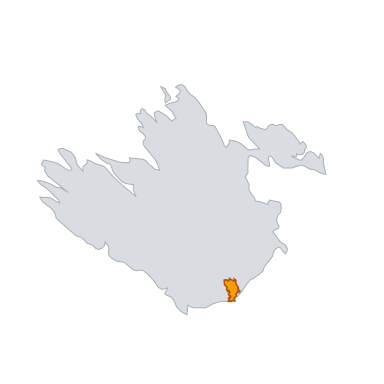 location of Wicklow Lea-6, Wicklow, Ireland, rotated 54°
{"feature_id": "5873133B62202788208281", "entity_name": "Wicklow Lea-6", "entity_type": "district", "adm_level": 2, "iso_a3": "IRL", "parent_name": "Ireland", "parent_adm1": "Wicklow", "projection": "robinson", "projection_center": [-6.153, 53.022], "detail": "fine", "context": "in_parent", "style": "filled", "palette": "amber", "viewbox_px": 384, "rotation_deg": 54, "n_neighbors": 0, "source": "geoboundaries", "source_scale": "gbopen_adm2", "svg_char_len": 7564}
<svg xmlns="http://www.w3.org/2000/svg" viewBox="0 0 384 384"><g transform="rotate(54 192 192)"><path d="M243.5,82.7L235.5,86.8L234.3,88.3L232.0,94.7L231.7,96.5L226.6,103.7L223.8,105.1L219.6,106.3L217.2,107.4L214.1,106.8L210.3,106.9L208.4,108.2L208.5,109.2L209.6,110.3L216.6,113.6L216.2,115.0L214.2,116.5L201.5,120.3L197.7,122.7L196.4,124.2L197.7,126.8L207.7,134.4L209.4,135.3L210.9,139.7L219.8,141.6L223.4,144.4L226.6,145.1L233.4,144.8L236.2,145.9L237.7,145.1L238.6,143.6L246.3,138.2L244.0,134.1L251.8,127.1L253.9,127.2L257.5,129.4L260.5,132.3L261.4,136.3L264.2,139.8L266.0,141.0L270.9,141.7L272.1,143.1L271.2,148.3L271.9,150.0L284.4,149.8L289.5,147.6L293.8,148.0L296.0,150.3L296.9,152.7L293.2,153.6L289.3,153.1L287.4,154.6L287.2,157.6L288.5,161.5L291.2,164.2L293.2,170.4L295.0,177.2L297.7,181.4L298.2,186.5L297.8,189.0L298.3,193.6L297.2,195.2L298.0,199.4L302.6,213.1L303.5,223.8L301.3,227.9L298.3,231.7L296.3,236.2L294.7,241.1L293.8,248.9L287.2,258.1L284.4,260.4L281.2,261.8L288.3,268.3L282.4,271.1L276.1,272.0L269.1,270.4L264.7,270.6L259.2,274.0L257.9,273.4L255.3,268.1L253.3,273.5L249.3,275.3L242.4,274.9L230.8,276.4L226.3,277.9L224.5,280.3L223.1,283.2L221.2,284.8L219.2,285.7L210.2,287.8L208.5,288.6L204.3,293.1L198.8,295.8L194.3,296.5L190.3,293.9L188.7,292.3L186.9,291.5L180.7,291.6L182.7,292.4L183.9,294.3L184.4,297.9L183.7,301.4L180.6,303.2L177.0,303.5L171.3,307.1L163.7,308.1L159.6,311.5L134.5,317.1L133.1,317.2L129.6,315.7L125.9,315.1L122.2,315.6L111.6,318.7L106.6,318.1L113.2,310.2L122.0,306.3L122.9,305.2L120.1,304.7L103.5,307.4L97.7,309.8L92.0,310.4L94.7,306.9L102.2,301.9L108.7,298.7L111.5,295.8L119.4,292.6L94.2,299.3L87.6,298.5L86.1,296.6L80.9,297.5L79.1,292.9L86.9,286.0L91.4,283.1L96.6,281.5L101.8,279.2L103.7,276.3L101.3,275.4L86.2,276.2L79.0,275.6L79.4,273.3L80.8,270.9L88.4,266.6L92.5,266.0L96.1,266.4L102.4,268.9L111.0,268.0L107.5,265.3L107.0,259.9L104.3,258.0L107.8,255.5L111.8,253.9L118.6,248.7L120.9,247.9L134.0,246.6L148.2,243.8L162.3,240.0L155.1,237.9L151.7,235.0L146.1,240.7L142.1,242.9L130.9,244.1L127.3,243.4L122.4,241.7L120.8,242.3L119.3,243.7L111.8,246.5L104.0,247.2L113.2,242.0L124.9,233.4L127.5,230.6L131.3,225.9L130.2,223.7L127.8,222.5L136.3,212.7L139.3,210.9L144.6,210.6L148.6,209.1L150.3,209.1L151.8,208.5L155.3,205.6L150.1,203.7L144.6,202.7L127.8,203.7L125.5,203.5L123.5,202.6L122.1,201.3L121.2,198.0L120.0,197.2L116.2,197.2L112.4,198.3L109.8,198.2L107.2,196.7L111.4,193.3L106.1,192.5L100.8,193.2L96.4,192.1L96.3,190.0L98.3,187.9L95.7,185.8L95.3,183.3L98.1,182.0L101.2,182.4L107.5,180.5L115.5,179.6L108.7,177.8L106.0,176.2L105.9,173.7L106.5,171.6L114.5,168.1L123.0,166.5L122.5,164.2L123.1,161.6L114.6,160.9L106.1,162.7L107.1,157.9L109.2,153.5L109.7,150.6L109.3,147.6L105.3,148.9L105.0,144.6L103.3,141.6L97.4,143.6L97.7,139.7L99.4,137.0L102.5,135.8L105.6,136.3L111.2,136.2L116.7,134.2L124.5,133.7L137.0,134.3L145.5,140.1L147.7,139.1L151.2,135.4L152.8,135.0L165.8,136.6L173.8,138.7L175.9,138.1L174.8,134.0L172.1,131.2L175.6,127.5L179.9,124.9L182.7,123.7L189.3,122.1L192.1,120.7L194.1,115.9L197.1,112.0L180.8,114.0L165.3,109.3L167.8,106.0L171.1,104.1L176.8,102.7L177.4,101.0L180.3,99.5L185.0,95.7L183.4,90.8L184.3,87.2L187.8,84.9L188.9,81.6L190.4,79.2L197.3,78.4L204.0,76.1L214.2,75.8L216.8,76.7L216.2,72.7L221.1,72.2L222.9,73.0L223.7,75.8L225.9,77.6L226.5,80.8L225.0,83.2L222.6,85.0L224.8,86.9L221.3,90.4L225.0,88.9L230.4,85.5L230.2,82.8L229.3,79.3L227.8,76.2L228.5,72.8L231.6,70.6L239.4,69.5L236.2,65.6L239.1,65.3L242.2,66.1L246.8,69.1L256.5,73.4L251.7,77.2L245.8,79.8L243.5,82.7ZM104.4,159.5L104.1,161.3L100.4,159.0L98.7,156.4L88.4,155.3L92.7,152.7L94.8,153.5L102.1,153.6L104.1,154.6L104.4,159.5Z" fill="#d9dde1" stroke="#a8b0b8" stroke-width="1"/><path d="M282.1,217.6L282.4,217.9L282.6,217.9L283.0,218.3L283.4,218.6L283.5,218.7L284.1,219.1L284.9,219.4L285.1,219.6L285.7,220.0L285.9,220.1L286.6,220.0L287.3,220.2L287.5,220.1L288.3,219.7L288.5,219.6L288.9,219.7L289.5,219.8L289.7,219.6L289.8,219.7L289.9,219.9L290.0,219.9L290.0,220.1L290.2,220.3L290.4,220.5L290.7,220.6L290.8,220.6L291.0,220.7L291.1,220.8L291.2,221.1L291.3,221.0L291.6,221.2L292.0,221.3L292.5,221.4L292.6,221.5L292.8,221.7L292.9,221.8L293.1,221.7L293.3,221.5L293.4,221.3L293.7,221.2L293.8,221.1L293.7,221.0L293.8,220.9L293.9,220.7L293.5,220.5L293.3,220.4L293.2,220.4L293.2,220.2L293.3,220.0L293.7,220.0L293.9,220.1L294.1,220.2L294.3,220.5L294.5,220.5L294.8,220.6L295.2,220.3L295.4,220.3L295.4,220.5L295.1,220.8L295.0,221.2L295.1,221.3L295.6,221.5L295.9,221.7L296.3,222.2L296.3,222.3L296.2,222.4L296.4,222.4L296.8,222.6L297.0,222.6L297.5,222.7L297.5,222.8L298.0,222.8L298.1,222.7L298.0,222.4L298.0,222.1L299.0,222.0L299.3,222.2L299.2,222.6L299.3,222.7L299.2,222.7L299.2,222.8L299.3,222.9L299.3,223.0L299.2,223.1L299.3,223.2L299.2,223.2L299.3,223.2L299.2,223.3L299.3,223.7L299.4,223.8L299.6,223.7L299.6,223.9L299.6,224.0L299.4,224.3L299.5,224.4L299.7,224.5L299.8,224.6L299.7,224.7L299.8,224.7L299.8,224.8L300.0,224.9L300.2,225.0L300.3,224.9L300.3,225.0L300.5,225.2L300.6,225.3L300.8,225.2L300.9,225.3L301.2,225.5L301.1,225.8L301.1,226.0L301.1,226.3L301.2,226.5L301.4,226.5L301.6,226.7L302.0,226.8L302.1,226.5L302.3,226.2L302.5,226.0L302.7,225.8L302.7,225.7L302.5,225.8L302.4,225.9L302.5,225.8L302.5,225.7L302.8,225.8L302.9,225.7L302.9,225.8L302.9,225.7L303.0,225.6L303.1,225.4L302.9,225.4L302.9,225.2L303.0,225.0L303.0,224.9L303.0,224.7L303.3,224.2L303.7,224.0L303.8,224.0L303.9,223.8L303.8,223.7L304.0,223.4L304.1,223.2L304.1,222.9L304.1,222.7L304.2,222.4L304.2,222.2L304.3,222.1L304.5,222.1L304.4,222.1L304.5,222.0L304.6,221.9L304.7,221.7L304.8,221.7L305.0,221.6L304.9,221.5L305.0,221.4L304.9,221.4L305.0,221.4L304.9,221.3L304.8,221.2L304.7,221.2L304.5,220.9L304.4,220.9L304.2,220.8L303.9,220.9L303.9,220.7L303.7,220.5L303.3,220.4L303.2,220.2L303.3,220.3L303.2,220.3L302.8,220.3L303.0,220.4L302.9,220.2L303.1,220.2L302.9,220.2L302.6,219.9L302.5,219.5L302.4,219.2L302.4,218.8L302.4,218.0L302.4,217.4L301.9,217.2L301.5,216.9L301.4,216.9L301.3,216.7L301.1,216.7L300.8,216.6L300.8,216.3L300.5,216.3L300.3,216.3L300.3,216.2L300.2,215.7L300.3,215.7L300.2,215.6L300.3,215.5L300.2,215.3L300.2,215.2L299.9,214.8L299.9,214.7L300.0,214.4L299.8,214.4L299.7,214.4L299.7,214.2L299.7,213.9L299.5,213.6L299.5,213.4L299.6,213.2L299.8,213.0L300.0,213.0L300.1,212.8L300.4,212.8L300.1,212.6L299.9,212.5L299.8,212.4L299.4,212.4L299.4,212.2L299.5,212.2L299.9,212.1L300.0,212.1L300.3,211.9L300.4,211.7L300.5,211.6L300.2,211.5L299.9,211.4L299.4,211.5L299.2,211.6L299.1,211.8L299.1,212.0L298.8,212.3L298.5,212.4L298.4,212.3L298.4,212.2L298.0,212.1L298.3,211.8L298.1,211.7L297.6,211.5L297.3,211.4L297.2,211.4L297.0,211.2L297.0,210.9L296.9,210.9L296.5,210.9L296.3,211.0L296.0,211.1L295.8,211.0L295.8,210.9L295.9,210.7L295.7,210.5L295.4,210.5L295.2,210.5L294.9,210.7L294.5,210.6L293.5,210.5L292.7,210.5L292.3,210.6L292.1,210.4L292.0,210.0L291.9,210.0L290.4,209.6L289.7,209.3L289.7,208.6L289.4,208.4L289.1,208.5L288.8,208.4L288.6,208.4L288.4,208.6L288.1,208.8L287.8,209.0L287.3,209.0L287.6,209.2L287.8,209.3L288.0,209.4L288.2,209.5L288.4,209.6L288.6,209.7L288.7,209.9L288.9,210.0L288.4,210.5L288.2,210.8L287.9,210.9L287.5,210.9L287.1,211.0L286.6,211.5L286.1,211.6L285.8,211.9L285.7,212.2L285.5,212.3L285.4,212.3L285.2,212.5L284.1,212.3L284.6,213.6L284.8,213.9L285.1,214.1L285.2,214.3L285.2,214.9L285.3,215.1L284.9,215.2L284.5,215.2L284.2,215.2L284.0,215.3L283.9,215.5L283.7,215.8L283.4,215.8L283.2,215.9L283.0,216.0L282.9,216.1L282.8,216.3L282.9,216.6L282.9,216.8L282.8,217.0L282.7,217.1L282.4,217.2L282.3,217.3L282.1,217.6Z" fill="#f59e0b" stroke="#b45309" stroke-width="1.5"/></g></svg>